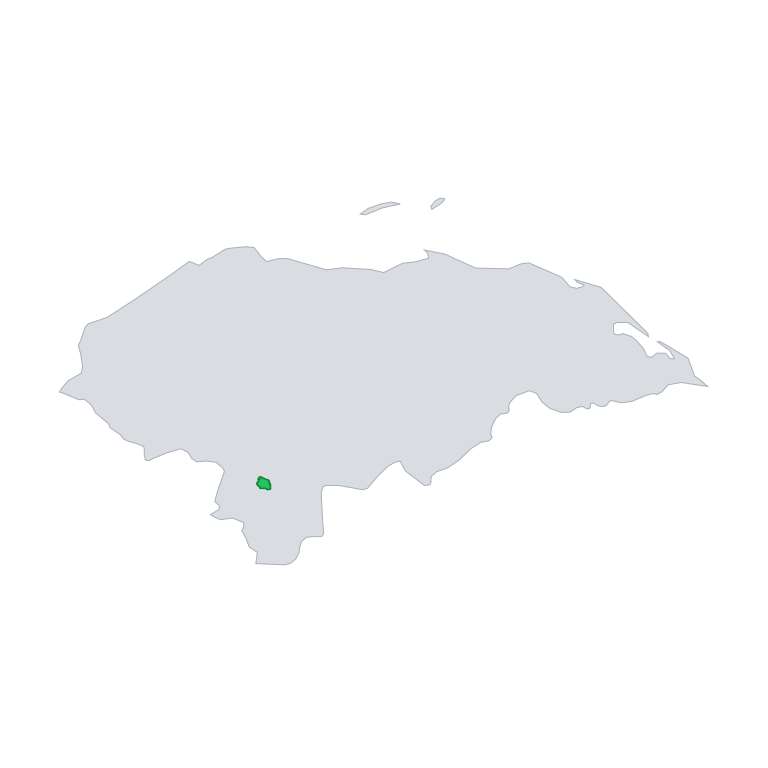 La Venta, Francisco Morazán, Honduras (highlighted), rotated 5°
{"feature_id": "27666195B10946257085941", "entity_name": "La Venta", "entity_type": "district", "adm_level": 2, "iso_a3": "HND", "parent_name": "Honduras", "parent_adm1": "Francisco Morazán", "projection": "mercator", "projection_center": [-87.317, 13.734], "detail": "fine", "context": "in_parent", "style": "filled", "palette": "green", "viewbox_px": 768, "rotation_deg": 5, "n_neighbors": 0, "source": "geoboundaries", "source_scale": "gbopen_adm2", "svg_char_len": 5101}
<svg xmlns="http://www.w3.org/2000/svg" viewBox="0 0 768 768"><g transform="rotate(5 384 384)"><path d="M706.6,358.3L679.8,356.6L667.2,360.0L661.6,367.5L656.9,370.8L652.9,370.0L644.9,373.0L632.8,379.6L621.9,382.1L612.1,380.5L609.3,382.2L608.6,384.3L607.1,386.4L603.3,387.6L599.0,387.0L594.1,384.6L591.5,385.6L591.3,390.0L588.6,391.1L583.7,389.1L578.1,390.7L571.8,395.8L563.1,396.9L551.8,394.0L543.1,388.3L536.9,380.1L529.5,378.0L516.6,384.1L511.1,391.3L510.0,395.7L511.2,399.7L508.8,402.4L502.8,403.7L498.2,408.6L495.1,417.0L494.5,423.5L496.4,428.1L493.4,431.5L485.5,433.6L476.2,440.9L465.4,453.3L454.7,461.9L444.1,466.8L439.0,472.2L439.3,478.2L438.7,480.0L436.7,480.8L433.2,481.6L412.7,468.6L406.8,459.5L401.8,460.9L395.3,465.5L386.3,475.7L376.5,489.5L371.8,491.1L347.6,489.0L334.8,490.2L332.1,492.1L330.9,497.2L331.7,504.0L335.2,528.3L337.1,538.4L335.2,541.5L328.7,542.0L320.2,543.4L315.6,548.0L314.5,552.7L314.0,559.3L311.3,566.1L306.1,571.0L300.9,572.8L272.0,574.1L272.5,562.8L264.1,558.2L259.4,548.8L255.2,542.5L256.6,538.7L256.2,534.2L244.4,530.7L233.4,533.4L227.1,531.6L222.4,529.2L230.4,523.6L231.0,520.2L228.4,517.8L225.8,516.1L226.6,509.8L228.2,502.4L232.7,485.0L231.0,481.9L223.7,476.7L214.3,476.2L204.0,477.8L199.1,475.1L194.7,469.1L187.4,466.3L174.4,471.1L160.6,478.3L156.4,480.9L152.9,480.5L151.3,475.1L150.7,468.7L149.8,467.2L142.5,464.9L133.9,463.2L129.5,461.5L125.4,457.2L115.1,451.5L112.8,447.4L99.1,437.8L96.3,433.1L93.2,429.6L86.6,425.2L81.4,426.3L64.1,420.8L61.4,420.3L63.8,415.5L69.3,408.1L81.3,399.8L82.3,393.1L79.1,380.2L76.0,371.9L77.7,368.2L81.4,353.2L84.3,349.7L101.6,342.1L103.2,341.1L116.8,330.5L131.9,318.7L147.6,305.7L165.2,291.1L174.9,282.6L179.4,278.9L189.5,281.9L197.4,275.0L202.0,272.7L212.8,264.5L216.1,262.7L234.1,259.3L242.8,259.4L250.4,267.7L256.4,272.3L267.8,268.4L277.3,267.5L316.7,275.3L332.3,271.9L361.0,271.1L374.0,273.0L392.2,262.0L403.9,259.8L417.7,254.7L415.8,249.4L412.5,247.0L433.5,249.3L464.7,260.5L498.0,258.5L510.0,252.4L517.7,250.7L551.8,262.2L560.8,271.0L567.8,271.9L573.2,269.9L574.7,268.0L568.0,266.1L565.0,263.4L591.8,268.8L642.3,310.4L643.4,313.8L621.8,301.5L610.4,302.5L607.4,304.4L608.1,311.2L609.1,314.3L614.0,314.7L617.6,312.9L626.5,315.1L632.4,319.5L639.6,326.4L643.9,333.8L648.5,333.9L653.1,329.4L661.7,328.9L667.2,333.9L671.2,333.6L665.7,325.8L652.7,318.1L655.8,317.8L684.6,331.7L692.7,349.0L699.5,353.0L706.6,358.3ZM367.4,208.6L350.7,217.1L345.5,216.9L353.1,210.4L365.5,204.8L375.9,202.1L384.5,203.2L367.4,208.6ZM424.5,199.6L416.5,205.9L415.1,203.1L418.9,197.3L423.7,193.9L428.3,194.3L427.2,196.8L424.5,199.6Z" fill="#d9dde1" stroke="#a8b0b8" stroke-width="1"/><path d="M269.6,498.7L269.8,498.6L270.0,498.7L270.5,498.7L270.9,498.6L271.2,498.6L271.4,498.5L271.5,498.5L271.9,498.5L272.2,498.5L272.3,498.5L272.5,498.5L272.7,498.4L272.8,498.4L272.9,498.5L273.1,498.5L273.3,498.6L273.5,498.4L273.8,498.3L274.0,498.1L274.3,498.1L274.5,498.1L274.8,498.2L275.0,498.3L275.3,498.6L275.7,498.7L275.8,498.7L275.9,498.8L276.0,498.8L276.0,499.0L276.4,499.1L276.6,499.1L276.8,499.3L277.0,499.4L277.4,499.3L277.5,499.2L277.7,499.3L277.8,499.3L279.9,498.7L279.9,498.4L280.0,498.3L280.1,498.2L280.1,497.8L280.1,497.7L279.9,497.4L279.6,497.2L279.6,496.7L279.7,496.4L279.8,496.3L279.8,496.2L279.7,495.9L279.7,495.7L279.8,495.6L279.7,495.5L279.6,495.4L279.8,495.2L279.9,494.9L279.8,494.7L279.6,494.5L279.5,494.4L279.5,494.2L279.4,494.2L279.2,494.1L279.2,493.9L279.1,493.7L278.9,493.6L278.7,493.5L278.7,493.4L278.8,493.3L278.9,493.2L279.0,493.2L279.3,492.9L279.2,492.8L279.2,492.7L278.9,492.7L278.7,492.7L278.4,492.7L278.2,492.6L278.2,492.4L278.1,492.2L278.0,491.9L277.9,491.9L277.9,491.7L278.0,491.4L278.0,491.2L278.1,490.9L278.2,490.7L278.0,490.4L277.9,490.4L277.9,490.2L277.7,490.0L277.6,489.9L277.4,489.8L277.2,489.8L277.1,489.7L274.2,489.1L273.9,488.9L273.5,488.9L273.4,488.8L273.2,488.7L272.9,488.5L272.7,488.4L272.5,488.2L272.4,488.2L272.1,488.2L272.0,488.3L271.9,488.3L271.7,488.4L271.6,488.5L271.5,488.4L271.4,488.4L271.2,488.4L270.9,488.2L270.7,488.0L270.6,487.9L270.4,487.6L270.4,487.4L270.2,487.3L269.9,487.4L269.7,487.4L269.7,487.5L269.6,487.4L269.4,487.4L269.2,487.3L268.7,487.4L268.4,487.4L268.0,487.5L267.9,487.5L267.7,487.6L267.8,487.9L267.8,488.0L267.9,488.3L267.8,488.5L267.6,488.8L267.3,488.9L267.2,489.0L267.3,489.3L267.3,489.5L267.2,489.5L266.9,489.6L266.8,489.8L267.1,490.0L267.3,490.1L267.5,490.1L267.8,490.2L267.8,490.3L267.9,490.5L268.0,490.5L267.9,490.6L267.7,490.7L267.6,490.9L267.6,491.0L267.4,491.2L267.4,491.3L267.5,491.5L267.4,491.7L267.2,491.8L267.1,492.0L266.9,492.1L266.7,492.4L266.6,492.5L266.6,493.0L266.3,493.2L266.2,493.3L266.1,493.6L266.0,493.8L266.1,494.1L266.1,494.3L266.1,494.5L266.1,494.8L266.1,495.1L266.3,495.3L266.5,495.2L266.9,495.2L267.0,495.2L267.0,495.3L266.9,495.5L267.0,495.8L267.1,496.0L267.3,496.2L267.3,496.3L267.5,496.4L267.5,496.5L267.8,496.7L268.0,496.7L268.2,496.8L268.3,496.8L268.4,497.0L268.5,497.1L268.8,497.2L269.0,497.2L269.3,497.2L269.4,497.3L269.5,497.4L269.5,497.5L269.3,497.9L269.3,498.0L269.4,498.4L269.5,498.5L269.6,498.7Z" fill="#22c55e" stroke="#15803d" stroke-width="1.5"/></g></svg>